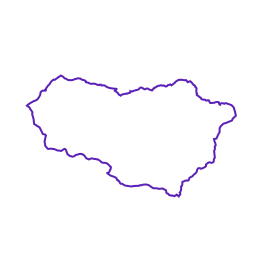 the district of Lupsa, Alba, Romania, rotated 281°
{"feature_id": "2599482B13834137324749", "entity_name": "Lupsa", "entity_type": "district", "adm_level": 2, "iso_a3": "ROU", "parent_name": "Romania", "parent_adm1": "Alba", "projection": "orthographic", "projection_center": [23.199, 46.368], "detail": "fine", "context": "isolated", "style": "outline", "palette": "violet", "viewbox_px": 256, "rotation_deg": 281, "n_neighbors": 0, "source": "geoboundaries", "source_scale": "gbopen_adm2", "svg_char_len": 5804}
<svg xmlns="http://www.w3.org/2000/svg" viewBox="0 0 256 256"><g transform="rotate(281 128 128)"><path d="M160.7,231.5L164.0,230.1L168.3,227.9L170.2,225.3L171.1,219.3L170.9,218.9L170.7,218.6L170.2,218.1L170.3,216.8L170.4,216.2L170.1,215.0L169.7,214.5L169.6,214.3L169.3,214.0L168.4,213.9L168.6,213.3L168.9,213.0L170.2,212.5L170.2,212.3L170.6,212.1L170.6,210.4L169.7,208.5L169.2,207.9L169.0,206.7L168.7,205.9L168.6,205.5L168.3,204.8L168.3,203.9L168.6,203.5L170.6,202.0L170.4,200.9L169.8,199.8L169.9,199.3L170.3,198.5L170.5,197.8L170.1,196.9L170.3,195.8L170.3,195.2L170.4,194.8L170.5,194.4L171.1,194.1L171.4,193.7L171.7,193.5L171.7,193.1L172.0,192.5L172.1,191.9L172.7,191.3L173.5,189.2L174.6,189.1L175.0,189.2L175.2,188.7L176.4,188.3L177.5,187.9L179.6,187.8L180.2,187.5L181.1,186.7L181.0,186.4L182.0,185.6L182.6,185.3L182.7,184.2L184.6,182.1L184.7,181.7L185.7,180.5L185.7,179.7L185.0,178.9L184.4,177.9L185.1,177.3L185.3,176.7L186.1,175.9L185.7,174.6L185.6,172.8L185.6,171.1L185.4,170.7L185.2,170.3L185.3,169.7L185.2,169.5L185.1,169.0L184.8,168.7L184.6,168.1L182.6,166.0L181.9,165.6L181.1,165.2L180.6,164.8L180.1,164.2L178.1,162.6L178.9,161.1L178.2,160.3L177.5,158.7L176.4,158.2L175.9,156.7L176.6,155.1L176.2,154.1L176.1,153.4L176.3,153.0L176.3,152.3L175.5,150.8L175.3,149.8L174.1,148.1L173.7,148.0L173.5,147.8L172.9,146.8L172.3,146.5L171.9,146.1L172.0,145.8L170.5,144.9L170.1,144.9L169.4,144.4L170.0,140.8L170.4,140.2L170.5,139.5L170.3,138.8L169.7,138.0L169.1,136.8L169.2,136.4L169.9,134.9L170.2,134.2L170.2,132.9L169.3,131.8L168.1,131.1L167.4,130.3L166.8,128.9L165.7,126.7L165.3,126.1L164.5,124.8L164.7,124.6L164.3,124.0L164.3,123.6L164.5,123.2L164.4,123.2L163.8,123.3L163.4,123.2L162.9,123.1L162.8,122.6L162.2,121.7L162.1,121.4L161.7,120.9L161.7,120.6L161.4,120.1L161.5,119.9L161.3,119.4L160.4,117.3L160.2,116.7L160.0,116.4L159.6,115.7L159.4,115.3L158.4,114.7L158.6,114.2L158.7,113.5L159.2,112.5L160.3,111.4L160.8,110.7L161.4,109.5L162.0,108.0L162.6,108.4L162.8,108.6L163.1,108.4L164.0,109.3L164.2,109.2L164.3,108.5L164.0,107.9L163.9,106.6L163.9,105.6L163.8,104.7L163.8,103.2L163.8,102.1L164.0,100.9L164.1,99.9L164.7,98.2L165.2,97.3L165.3,96.7L165.2,95.6L164.7,94.1L164.7,93.8L165.3,93.3L165.3,92.7L165.1,91.7L164.6,91.4L164.5,90.0L164.7,89.3L164.7,88.8L165.0,88.0L165.1,86.6L164.7,84.7L164.4,83.6L164.3,82.8L164.6,81.1L164.9,80.3L164.9,79.8L164.9,78.6L164.9,78.1L165.4,78.1L165.7,77.9L166.0,77.1L166.3,76.8L166.5,76.3L166.6,75.8L166.6,74.4L166.7,73.6L166.8,72.9L167.1,72.4L167.4,71.9L167.4,71.5L167.3,71.1L167.3,69.4L166.5,68.0L165.8,66.4L165.1,65.5L164.6,64.6L164.0,62.7L163.7,60.6L163.8,59.4L164.4,58.2L164.6,57.5L164.5,56.8L164.9,56.0L166.0,54.3L166.1,53.8L166.4,53.0L166.6,51.9L165.5,51.0L164.7,49.9L164.1,49.6L162.2,47.7L161.7,47.4L161.2,46.4L161.3,45.7L159.6,44.2L158.6,43.6L157.6,43.1L156.9,43.0L156.5,42.8L154.9,41.9L154.5,41.5L150.5,39.7L150.5,39.9L149.6,40.2L149.2,40.2L148.8,39.5L148.3,36.8L147.4,36.1L147.0,35.7L146.4,35.4L145.5,35.4L144.5,35.5L143.7,35.5L141.2,34.7L139.1,33.8L137.7,32.5L136.3,30.2L133.7,27.2L131.7,25.2L130.6,24.5L129.5,27.2L128.2,28.2L125.3,31.2L123.2,31.3L118.8,33.6L114.0,35.1L111.7,41.1L105.9,45.5L105.7,48.0L105.1,48.8L98.6,48.7L96.0,49.8L94.9,50.0L92.3,53.1L92.4,54.5L93.0,55.9L93.2,59.7L92.5,63.1L92.8,66.9L95.0,69.1L95.4,69.8L95.3,70.4L94.9,71.0L94.2,71.5L90.6,73.7L90.2,74.8L89.4,76.3L89.4,76.6L89.4,76.9L89.5,77.2L89.2,78.6L89.4,79.4L90.0,80.5L90.7,81.2L91.6,81.9L91.9,82.3L92.0,83.1L93.1,85.0L93.2,85.4L93.7,87.1L93.7,87.6L93.3,88.3L93.3,88.6L93.4,88.8L93.3,89.2L92.5,90.6L90.3,92.8L90.1,93.8L89.7,95.9L90.8,97.1L91.2,98.3L91.3,99.4L91.1,101.3L91.5,102.1L91.2,103.6L91.4,104.2L91.4,104.5L91.1,105.4L90.7,106.1L90.1,107.4L89.5,108.1L89.2,108.8L89.1,109.9L89.5,112.8L89.0,114.8L87.0,117.6L86.7,118.4L86.4,118.4L86.1,118.7L85.6,118.8L83.8,118.7L83.5,118.5L83.2,118.2L81.9,118.2L81.4,118.1L80.5,117.3L80.2,116.9L80.0,116.3L79.8,116.2L79.6,116.3L78.9,118.0L78.6,118.5L78.5,118.8L78.2,119.2L77.9,120.4L77.9,120.9L77.7,121.7L77.4,123.9L77.2,124.4L77.1,125.1L76.7,125.9L76.5,126.3L75.8,126.6L75.5,127.0L74.8,127.4L74.7,127.6L74.8,128.3L74.6,128.5L74.1,128.9L74.1,129.0L74.1,129.4L73.9,129.6L73.5,130.0L72.9,130.3L72.2,130.9L71.9,131.5L72.1,132.5L72.1,132.9L71.9,133.5L71.2,135.2L71.0,135.9L71.1,140.1L71.3,142.2L71.3,142.9L71.5,143.4L72.2,144.8L72.3,145.1L72.2,145.5L72.5,146.1L73.4,149.9L73.7,150.2L74.0,150.4L74.2,150.7L74.2,151.7L74.3,152.0L74.9,152.9L75.4,154.0L75.9,156.2L76.1,157.1L75.9,158.1L75.9,159.0L75.3,160.6L74.6,162.0L74.5,162.6L74.2,162.9L73.7,164.4L73.7,165.0L74.0,165.8L74.2,166.8L74.3,169.1L74.1,169.8L74.7,171.9L75.2,173.3L75.1,173.5L75.1,173.8L75.0,174.3L74.7,174.7L74.7,174.9L74.6,175.8L74.0,177.3L72.6,177.7L71.7,178.1L71.2,178.8L71.2,179.7L70.9,180.3L70.3,180.8L70.2,181.3L69.9,181.7L69.9,182.2L70.0,183.2L69.9,183.3L69.9,183.7L70.2,184.1L70.1,184.5L70.2,185.7L70.0,186.0L69.9,186.6L71.7,188.3L71.4,188.6L71.7,189.2L70.8,190.3L70.5,190.9L71.7,191.3L72.2,191.7L72.8,192.0L73.3,191.9L74.1,191.6L74.5,191.1L75.0,191.5L75.7,191.6L75.9,191.7L77.7,191.9L79.8,191.6L80.5,191.2L82.0,192.1L82.8,192.1L85.5,191.7L87.7,195.2L87.6,196.1L88.1,197.3L88.7,197.6L90.1,197.7L90.9,197.9L92.9,200.4L95.2,201.8L96.5,203.0L97.9,203.7L98.8,203.8L100.2,203.9L100.8,204.1L101.7,204.5L102.0,204.8L102.1,205.0L102.3,206.6L101.9,207.2L102.3,208.2L104.3,211.0L105.6,211.9L106.7,211.5L107.0,211.5L107.7,212.0L109.1,213.3L109.7,214.0L109.9,214.6L109.7,216.6L110.2,217.7L110.8,218.3L111.4,218.5L114.1,218.3L115.1,218.8L116.1,218.8L116.8,218.5L117.0,218.4L122.0,216.9L123.4,217.3L124.5,217.2L125.5,217.0L126.1,216.7L127.8,217.4L129.2,216.8L130.2,216.3L131.1,215.6L133.6,214.5L134.5,216.8L138.8,217.8L141.2,218.7L145.5,218.0L147.8,218.9L150.3,220.7L152.2,224.1L155.2,228.6L157.0,229.0L158.2,229.7L159.2,230.6L160.7,231.5Z" fill="none" stroke="#5b21b6" stroke-width="2"/></g></svg>